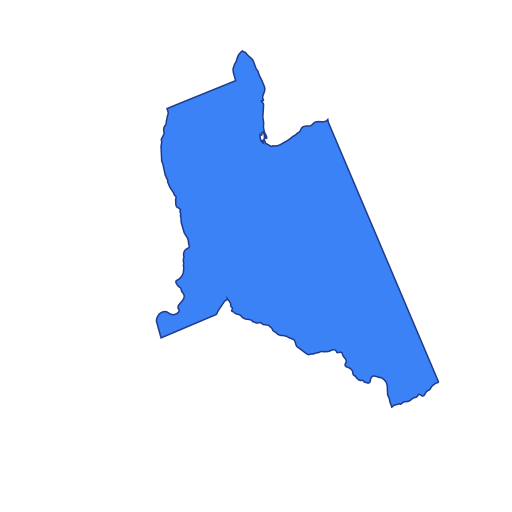 SVG path tracing the border of Río Negro, rotated 247°
{"feature_id": "ARG-1297", "entity_name": "Río Negro", "entity_type": "Province", "adm_level": 1, "iso_a3": "ARG", "parent_name": "Argentina", "parent_adm1": "", "projection": "natural_earth1", "projection_center": [-67.714, -39.784], "detail": "fine", "context": "isolated", "style": "filled", "palette": "blue", "viewbox_px": 512, "rotation_deg": 247, "n_neighbors": 0, "source": "natural_earth", "source_scale": "10m", "svg_char_len": 5680}
<svg xmlns="http://www.w3.org/2000/svg" viewBox="0 0 512 512"><g transform="rotate(247 256 256)"><path d="M68.9,374.8L68.4,374.1L68.4,373.3L68.6,372.5L68.6,371.6L67.7,367.7L66.8,366.1L65.8,364.8L65.0,363.4L64.9,361.4L64.4,359.6L62.0,356.3L61.9,354.7L62.5,354.0L64.0,353.2L64.6,352.6L65.0,351.7L64.8,351.1L64.3,350.5L63.8,349.7L63.5,348.8L63.4,348.1L63.7,346.5L63.8,345.5L63.7,344.7L63.5,344.0L63.2,343.0L62.7,341.0L62.7,339.3L63.7,335.8L63.9,334.7L63.7,333.9L63.2,332.1L63.1,331.0L63.5,330.6L63.9,330.3L64.1,329.4L64.2,327.5L64.6,325.6L64.6,324.4L63.9,322.4L63.9,321.9L64.3,322.0L69.7,322.3L72.6,323.0L75.8,322.9L77.3,323.1L85.6,326.2L88.3,326.5L89.4,326.4L91.7,325.7L93.0,325.1L93.6,324.7L94.6,324.1L95.0,323.8L95.2,323.5L95.8,322.3L98.4,319.3L99.0,318.5L99.5,317.6L99.7,316.4L99.4,315.3L98.8,314.3L98.1,313.5L97.4,312.9L96.5,312.5L95.7,311.9L95.2,311.1L95.1,310.6L95.1,310.1L95.2,309.6L95.4,309.1L95.7,308.8L96.4,308.2L96.7,307.9L96.8,307.6L97.1,307.0L97.3,306.7L98.0,306.3L99.5,306.0L100.0,305.4L100.1,305.1L100.3,304.3L100.4,303.9L100.7,303.4L101.0,302.9L101.4,302.5L101.9,302.1L104.0,301.1L105.2,300.8L106.3,300.7L106.2,300.5L106.8,300.3L107.9,299.4L108.6,299.2L109.3,299.2L110.6,299.4L111.3,299.7L112.7,299.8L114.2,299.4L115.8,298.7L116.9,297.7L118.7,295.9L119.4,295.4L120.4,295.3L121.3,295.6L122.1,296.3L122.8,297.2L124.3,298.2L126.0,298.2L129.4,297.2L133.1,297.3L134.1,296.7L134.6,295.7L135.1,293.4L135.5,292.8L135.9,292.7L136.8,292.8L137.2,292.7L137.7,292.5L138.2,292.3L138.7,291.9L139.1,291.5L139.6,290.4L139.7,289.0L139.7,286.2L139.9,285.0L141.4,280.9L142.4,279.3L142.7,278.4L142.7,277.8L142.6,276.1L142.7,275.5L143.1,274.4L143.2,273.8L143.4,270.7L143.7,269.6L144.3,268.2L144.4,267.7L144.4,266.8L144.5,266.4L144.7,265.9L145.4,265.0L146.3,264.3L156.6,258.3L157.3,258.1L158.7,258.1L162.6,258.5L163.7,258.3L164.8,257.6L167.7,254.6L169.4,253.4L170.2,252.7L172.5,249.5L172.6,248.8L172.7,248.6L173.6,247.2L174.4,246.3L175.2,245.6L176.7,244.8L177.6,244.5L177.8,244.4L179.9,242.9L180.5,242.6L181.0,242.4L182.3,242.4L183.5,242.3L183.7,242.2L184.9,241.5L186.9,240.7L187.3,240.4L187.7,240.0L188.1,239.3L189.8,236.4L190.0,236.0L190.5,235.6L192.7,234.3L193.0,233.9L193.2,233.4L193.9,230.7L194.3,229.9L195.6,229.0L195.9,228.5L196.5,227.6L198.3,226.8L199.1,226.3L199.7,225.6L200.2,224.9L201.5,222.6L202.6,221.1L203.9,220.0L205.3,219.2L206.7,218.9L208.1,218.1L210.9,214.7L212.2,214.0L213.0,213.7L214.8,212.1L215.3,212.2L216.2,213.3L217.5,214.0L218.0,213.8L218.6,213.4L219.3,213.3L220.1,213.3L222.1,214.0L223.5,214.0L228.1,212.9L227.2,212.6L227.0,212.0L227.0,211.2L226.9,210.3L226.4,209.0L220.8,200.4L218.8,197.9L217.9,197.1L217.7,195.9L217.7,145.6L217.7,137.1L217.7,136.6L235.0,138.9L236.8,139.9L238.1,141.1L239.4,142.6L240.4,144.4L240.9,146.2L241.0,148.6L240.4,150.6L239.4,152.1L236.4,154.2L235.1,155.5L234.1,157.3L233.9,159.8L234.0,160.8L234.4,162.1L234.8,163.1L235.2,163.5L235.4,163.6L236.2,164.1L236.7,164.2L237.8,163.9L238.3,163.8L240.0,164.5L241.2,165.9L243.6,170.7L244.7,172.4L246.1,173.7L247.7,174.5L251.0,174.3L252.1,173.7L255.4,174.2L256.5,173.9L258.5,172.6L262.1,171.9L263.1,172.0L264.0,172.4L264.5,173.1L264.6,174.0L264.6,175.1L264.8,175.8L265.8,178.6L267.3,180.9L267.9,181.4L268.6,182.4L268.9,182.7L269.3,182.7L273.6,185.0L275.6,185.4L276.9,186.4L277.8,186.7L279.9,187.1L281.4,188.0L281.8,188.2L282.1,188.4L282.9,189.1L283.3,189.3L285.2,189.7L286.7,190.4L288.1,191.6L289.1,193.1L289.6,194.8L289.9,197.3L290.4,198.2L291.5,198.5L292.6,198.6L297.7,199.9L299.6,199.9L305.3,199.0L316.3,200.3L316.7,200.4L317.6,200.9L318.8,201.2L320.2,201.8L322.0,202.0L322.6,202.2L323.0,202.4L323.8,203.1L324.2,203.3L326.0,203.3L326.7,203.4L327.2,203.8L327.6,204.2L327.9,204.4L328.7,204.4L329.7,204.0L330.6,203.4L331.3,202.7L332.2,202.2L333.4,202.1L335.6,202.6L339.4,204.1L340.9,205.2L341.8,205.5L342.2,205.4L344.1,204.7L346.3,204.8L352.7,203.6L358.5,203.6L358.9,203.6L360.0,204.4L363.1,204.0L364.4,204.4L365.3,204.0L377.2,206.2L380.3,206.3L394.2,211.5L397.3,213.5L398.0,213.8L400.0,214.2L400.7,214.7L404.3,219.1L405.2,219.5L408.1,220.2L409.7,221.1L410.3,221.6L410.9,222.2L412.0,224.0L412.7,224.9L414.2,225.6L419.8,229.4L421.0,230.6L422.6,231.3L426.5,231.7L426.1,260.9L425.6,290.0L425.4,303.8L425.4,305.8L434.1,306.9L436.9,307.8L437.5,308.2L440.8,311.2L442.6,313.5L443.0,314.0L445.1,315.6L447.6,318.1L448.2,318.9L449.8,322.2L450.1,323.6L449.7,323.7L449.2,324.3L448.0,325.2L447.4,325.9L444.3,326.7L439.2,329.2L437.3,329.7L428.0,329.3L426.2,329.8L425.2,330.0L421.1,329.6L415.0,330.0L408.3,329.9L406.4,329.4L404.6,328.5L400.4,324.6L398.5,323.8L396.8,323.8L396.3,323.6L396.2,323.1L396.4,322.5L396.8,321.7L396.4,321.3L395.4,321.6L394.3,322.1L393.3,322.3L391.6,321.8L381.3,316.6L375.6,315.1L371.7,313.2L367.8,312.3L365.8,312.1L362.8,312.4L361.4,312.3L360.3,311.9L360.3,311.1L361.1,310.6L362.2,310.2L363.0,310.4L362.8,311.3L363.1,311.3L363.4,311.2L363.6,311.0L366.2,311.0L367.0,310.9L367.4,310.5L367.1,309.4L365.8,309.0L365.1,308.5L366.3,307.3L365.3,306.6L361.3,305.6L358.9,305.9L357.4,306.6L357.0,306.9L357.7,307.0L359.1,306.6L359.9,306.9L359.3,307.7L359.5,308.2L360.0,308.6L360.5,309.1L356.1,308.9L355.4,309.3L354.8,309.9L351.3,312.5L350.9,312.9L350.8,313.4L350.8,314.6L350.6,315.1L350.0,316.1L349.5,317.3L349.2,318.5L349.0,319.7L349.0,321.9L350.1,331.0L351.8,337.3L351.8,339.0L352.9,342.0L353.1,343.7L353.6,345.3L355.9,347.8L356.5,349.4L356.5,350.9L356.1,352.7L355.5,354.4L354.9,355.4L354.5,356.9L354.9,358.8L356.1,361.9L356.0,363.8L355.3,366.1L353.4,369.9L352.8,372.2L353.0,374.0L353.6,375.4L353.3,375.3L350.5,374.8L324.8,374.8L312.1,374.8L276.0,374.8L225.3,374.8L210.4,374.8L174.1,374.8L169.4,374.8L91.6,374.8L69.3,374.8L68.9,374.8Z" fill="#3b82f6" stroke="#1e3a8a" stroke-width="1.5"/></g></svg>